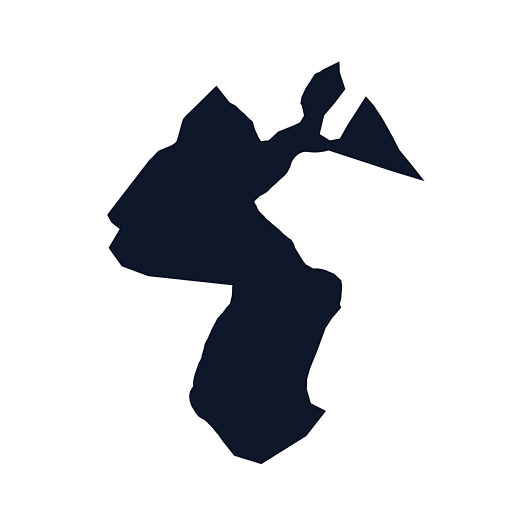 outline of Grande Riviere/Assou Canal, Gros Islet, Saint Lucia, rotated 99°
{"feature_id": "8701671B38434288339117", "entity_name": "Grande Riviere/Assou Canal", "entity_type": "district", "adm_level": 2, "iso_a3": "LCA", "parent_name": "Saint Lucia", "parent_adm1": "Gros Islet", "projection": "mercator", "projection_center": [-60.952, 14.04], "detail": "fine", "context": "isolated", "style": "filled", "palette": "ink", "viewbox_px": 512, "rotation_deg": 99, "n_neighbors": 0, "source": "geoboundaries", "source_scale": "gbopen_adm2", "svg_char_len": 3634}
<svg xmlns="http://www.w3.org/2000/svg" viewBox="0 0 512 512"><g transform="rotate(99 256 256)"><path d="M267.2,168.6L263.4,174.2L261.9,176.6L261.3,178.9L261.0,180.5L260.2,183.6L259.8,185.5L259.7,186.5L259.3,188.7L259.4,193.1L260.1,197.5L259.4,199.9L258.1,203.1L257.3,205.6L254.4,208.9L248.9,213.6L245.1,216.8L242.1,219.4L241.0,219.8L239.4,220.5L237.1,222.3L234.8,224.4L234.2,226.0L233.8,227.0L231.9,230.0L231.1,231.6L230.6,232.7L230.0,233.4L228.9,234.8L227.3,237.1L225.8,239.5L225.3,240.3L224.0,242.4L223.6,243.1L222.6,245.0L221.1,247.2L220.6,247.8L219.4,250.3L218.8,251.2L217.7,252.7L216.6,254.0L215.7,255.0L214.2,257.3L211.9,260.2L211.2,260.9L209.5,262.4L206.8,263.9L205.8,264.8L205.1,265.5L202.2,267.2L195.5,261.9L194.9,261.0L193.7,259.4L192.2,257.6L191.8,257.1L191.1,256.2L189.4,254.8L187.6,253.5L186.3,252.7L184.8,251.5L184.1,250.9L182.5,249.5L181.4,248.7L180.2,247.7L178.4,246.4L176.5,244.9L174.2,242.9L171.8,241.0L170.8,240.4L169.5,239.6L168.5,239.0L167.6,238.5L166.8,238.3L166.0,238.0L164.2,237.4L162.6,236.8L160.6,236.6L158.7,236.4L158.0,236.2L157.2,236.0L156.5,235.8L155.7,235.6L153.7,234.5L152.2,233.7L151.4,233.2L150.6,232.6L149.0,231.2L147.9,230.2L146.6,228.4L146.2,227.7L145.7,226.8L144.9,224.8L144.5,222.6L144.3,221.1L144.2,219.7L144.3,219.1L144.0,215.4L143.9,214.7L143.4,211.8L142.8,209.8L142.3,207.9L141.3,204.8L139.6,201.1L150.5,133.2L154.6,103.5L152.5,105.8L142.1,117.1L131.8,128.7L129.1,131.7L116.7,140.7L100.6,153.4L94.6,158.9L89.5,163.6L82.3,172.2L87.1,174.3L97.1,178.6L111.9,185.2L127.5,191.0L131.1,201.2L126.1,212.9L106.3,211.4L100.4,207.8L92.1,202.7L77.2,194.7L71.0,197.9L61.6,202.7L54.8,204.0L52.1,204.6L54.9,208.6L62.1,218.8L64.6,221.2L65.8,223.3L67.6,225.9L69.6,226.7L73.4,228.4L75.9,229.4L78.3,230.6L80.6,231.6L84.7,233.1L86.8,233.7L90.0,234.6L91.6,235.2L98.1,235.3L99.7,233.7L109.9,229.7L117.7,232.9L121.6,238.6L126.4,246.7L130.3,253.1L140.5,261.2L142.6,269.5L140.3,271.3L138.8,272.8L136.0,274.4L134.0,275.9L130.7,277.9L127.4,279.4L125.0,280.4L123.8,281.6L121.6,285.1L119.9,287.6L117.9,290.0L116.7,292.2L114.3,295.8L113.0,297.6L111.4,300.0L110.7,301.7L109.1,306.5L95.1,321.6L121.2,340.9L123.3,342.5L125.3,343.9L127.4,345.6L130.4,347.6L132.3,348.7L133.0,348.9L135.4,349.3L139.2,349.7L144.6,350.3L151.4,351.1L153.2,351.4L154.8,351.6L156.3,352.3L157.9,353.5L159.5,355.2L160.8,356.8L162.4,359.3L163.5,361.3L164.9,363.5L166.2,365.6L167.8,368.1L169.2,369.3L171.0,370.5L173.7,372.2L178.1,375.6L189.4,381.8L206.2,391.0L233.9,406.1L238.6,408.5L244.9,403.6L250.4,393.9L270.8,402.0L280.8,392.2L286.5,386.6L292.0,359.1L287.8,273.9L290.9,273.9L294.7,273.3L297.7,273.0L300.4,273.0L303.2,273.3L307.2,273.5L309.6,275.0L312.0,276.6L313.8,277.5L318.1,279.8L319.4,280.9L322.6,282.8L324.4,283.9L328.3,285.1L330.2,285.9L333.2,286.9L336.1,287.8L339.3,288.5L341.7,289.3L344.4,289.8L347.2,290.9L350.9,292.2L353.6,292.3L355.8,292.4L358.8,292.8L362.9,293.3L365.1,293.3L368.1,294.1L371.0,295.3L374.2,295.8L377.1,296.3L380.0,296.8L382.4,297.3L386.3,297.6L388.9,297.7L391.6,297.5L394.4,296.9L398.6,298.7L400.6,299.3L403.7,299.4L405.5,299.2L409.4,298.0L412.0,296.8L414.3,295.4L416.0,293.9L419.2,291.2L420.8,289.7L422.9,287.3L424.0,284.9L425.3,281.0L426.4,279.2L428.1,276.8L429.9,274.3L432.5,271.0L433.8,269.6L436.2,267.0L437.5,265.2L439.1,263.9L444.2,258.8L456.0,245.9L459.9,218.4L425.4,178.7L398.5,163.7L393.5,179.3L379.8,185.7L371.8,186.7L369.8,187.0L367.1,186.7L358.5,185.7L342.6,182.0L336.1,180.6L316.1,176.7L304.9,171.6L301.5,169.5L293.4,164.6L292.3,165.6L291.6,165.9L290.4,166.5L289.6,166.4L286.3,166.1L284.3,165.9L280.2,166.3L275.2,166.6L271.7,167.1L267.2,168.6Z" fill="#0f172a" stroke="#020617" stroke-width="1.5"/></g></svg>